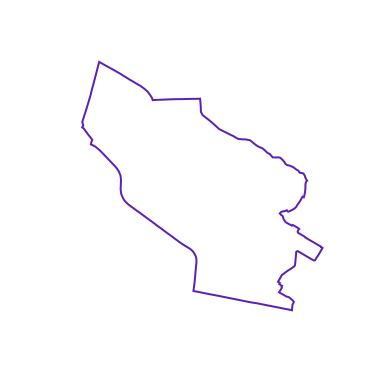 the district of Oshodi/Isolo, Lagos, Nigeria, rotated 121°
{"feature_id": "59680162B18924931802221", "entity_name": "Oshodi/Isolo", "entity_type": "district", "adm_level": 2, "iso_a3": "NGA", "parent_name": "Nigeria", "parent_adm1": "Lagos", "projection": "robinson", "projection_center": [3.31, 6.537], "detail": "fine", "context": "isolated", "style": "outline", "palette": "violet", "viewbox_px": 384, "rotation_deg": 121, "n_neighbors": 0, "source": "geoboundaries", "source_scale": "gbopen_adm2", "svg_char_len": 4141}
<svg xmlns="http://www.w3.org/2000/svg" viewBox="0 0 384 384"><g transform="rotate(121 192 192)"><path d="M276.1,139.8L275.3,137.5L274.2,134.6L270.9,125.3L268.1,117.7L267.2,115.4L266.1,112.2L263.6,105.2L260.3,96.0L258.1,89.8L258.0,89.4L257.8,88.9L257.6,88.3L257.4,87.9L257.0,86.7L256.5,85.4L255.7,83.3L254.6,80.6L253.9,78.9L246.8,59.2L242.9,48.4L241.9,45.4L236.9,47.8L235.1,47.9L233.7,48.1L233.5,48.6L233.1,49.7L232.9,50.7L232.7,52.0L232.3,54.1L232.3,54.7L232.5,55.8L232.8,56.5L233.0,57.5L233.0,59.9L233.1,63.9L233.2,64.5L233.1,65.1L233.1,65.8L230.8,65.6L227.7,65.7L227.3,66.4L226.1,66.4L226.0,69.7L224.8,69.8L224.7,72.0L219.8,72.1L216.8,72.2L215.0,71.4L210.8,69.7L206.8,67.7L202.9,66.0L201.6,66.1L199.9,66.8L193.7,69.8L189.7,71.8L189.2,71.7L188.4,71.2L188.2,70.4L188.1,59.1L188.0,53.8L187.9,52.4L187.7,52.0L187.2,51.4L184.5,51.4L180.9,51.2L172.7,51.3L172.7,52.5L172.8,52.9L172.5,53.0L172.4,53.3L172.5,57.1L172.5,61.2L172.6,67.1L172.6,71.5L172.4,71.6L172.3,72.7L172.2,73.7L172.3,75.6L172.3,79.0L172.3,80.1L171.8,80.9L171.3,81.1L170.1,81.3L169.1,81.2L168.5,81.1L168.3,82.4L168.2,84.4L168.3,86.6L168.4,88.8L169.4,89.0L169.6,93.1L169.7,96.1L169.3,96.8L168.2,99.4L166.9,100.8L165.9,102.0L165.8,103.2L165.6,104.3L165.3,105.1L165.2,105.7L164.5,105.6L163.5,105.4L162.5,104.8L161.9,104.1L160.5,102.5L159.9,102.1L158.9,101.3L158.8,101.2L159.4,99.9L159.0,99.0L158.4,98.6L157.7,98.2L155.6,96.8L153.2,95.6L151.6,95.1L150.8,95.0L149.8,95.1L148.4,95.0L146.2,94.8L144.1,94.7L141.2,94.8L139.5,94.9L138.9,94.7L138.9,93.5L138.5,93.6L138.1,93.5L136.6,94.1L134.6,94.8L132.0,95.9L130.5,96.7L128.7,97.7L126.8,98.8L125.0,99.4L124.8,99.4L124.7,99.4L123.4,99.5L123.0,99.2L122.6,99.9L122.0,101.1L121.2,102.3L119.8,103.9L119.0,105.5L118.9,105.8L118.8,106.0L118.7,106.1L119.4,108.0L119.4,108.5L119.8,108.9L119.9,109.2L119.9,109.3L119.8,109.9L119.7,110.5L119.2,111.2L118.9,111.9L118.9,112.0L119.0,112.8L119.0,113.7L119.0,114.0L118.9,115.3L118.8,116.0L118.6,116.9L118.6,118.4L118.9,120.2L118.9,121.0L119.2,122.4L119.7,123.4L120.0,124.5L119.9,125.2L119.8,126.1L119.5,127.0L118.9,127.7L118.7,128.1L118.5,128.9L118.3,129.5L118.1,130.0L117.9,130.5L117.7,131.8L117.3,133.2L117.3,133.8L117.2,134.1L117.9,136.0L118.9,137.4L120.6,140.4L120.7,140.5L120.2,142.5L119.4,144.6L119.5,146.1L119.5,147.5L119.5,147.8L119.3,148.8L119.0,150.0L118.7,151.4L118.4,153.3L118.3,154.6L118.3,154.8L118.5,155.8L118.8,157.3L118.9,160.2L118.9,160.4L118.6,163.1L117.8,168.4L117.7,168.6L119.2,172.9L120.7,175.6L122.7,179.7L122.8,183.4L122.8,184.5L122.8,184.8L122.7,185.1L123.1,188.2L124.1,201.0L123.3,204.9L121.9,212.2L121.4,216.1L120.6,222.5L118.8,225.6L114.1,228.6L109.9,231.6L107.9,233.2L108.0,233.3L111.0,238.0L114.6,243.9L116.7,247.1L116.9,247.4L121.7,255.2L130.3,268.3L132.8,272.1L133.5,273.0L132.3,274.3L131.3,276.0L129.5,280.0L128.7,282.2L128.0,286.4L127.7,289.9L127.6,291.1L127.7,293.6L127.7,298.1L127.8,303.9L127.7,305.3L127.7,306.8L127.7,308.4L127.7,310.0L127.6,312.0L127.6,313.7L127.6,314.6L127.7,320.7L128.0,329.3L128.2,334.4L128.3,338.6L132.6,337.3L150.6,332.0L155.7,330.6L160.6,329.0L174.2,325.5L183.0,323.4L188.2,322.2L188.6,322.0L190.3,320.2L191.1,319.4L191.4,319.4L192.8,319.5L193.2,319.4L193.2,317.8L193.4,317.2L194.6,314.5L196.2,310.7L197.4,307.4L198.6,304.4L200.1,304.2L201.7,303.7L203.2,303.2L203.1,301.9L202.9,298.6L203.2,295.9L203.7,292.9L204.4,290.2L205.1,287.4L206.4,282.8L208.5,275.1L209.1,273.1L209.5,271.5L210.2,269.2L211.5,266.4L212.4,264.8L213.3,263.7L214.6,261.9L216.4,260.4L218.4,259.0L220.2,258.0L223.1,256.4L224.2,255.8L225.4,255.1L226.4,254.6L228.8,252.8L230.0,251.7L231.2,250.3L231.8,249.4L232.3,248.7L232.7,248.1L234.2,245.3L234.7,243.5L235.1,241.8L235.4,240.3L235.7,238.0L236.0,234.4L236.5,229.3L236.7,226.3L237.6,216.7L238.2,209.8L238.7,205.5L238.9,203.6L239.2,199.7L240.0,191.6L240.7,183.6L240.8,183.1L241.1,179.8L241.3,177.8L241.4,176.5L241.6,173.5L241.7,170.0L241.7,168.6L241.7,166.5L241.7,165.4L241.8,164.1L242.0,162.7L242.3,161.2L242.5,160.5L243.0,159.4L243.6,158.1L244.3,157.0L245.0,155.9L246.1,154.8L247.3,153.6L250.3,151.8L252.1,151.0L256.3,149.0L263.0,145.7L268.9,142.9L272.8,141.2L276.1,139.8Z" fill="none" stroke="#5b21b6" stroke-width="2"/></g></svg>